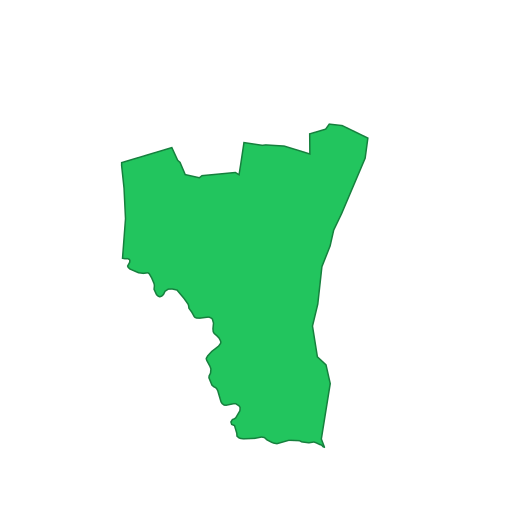 outline of Northampton, Pennsylvania, United States of America, rotated 124°
{"feature_id": "52423323B75013060921625", "entity_name": "Northampton", "entity_type": "district", "adm_level": 2, "iso_a3": "USA", "parent_name": "United States of America", "parent_adm1": "Pennsylvania", "projection": "albers", "projection_center": [-75.208, 40.753], "detail": "fine", "context": "isolated", "style": "filled", "palette": "green", "viewbox_px": 512, "rotation_deg": 124, "n_neighbors": 0, "source": "geoboundaries", "source_scale": "gbopen_adm2", "svg_char_len": 1854}
<svg xmlns="http://www.w3.org/2000/svg" viewBox="0 0 512 512"><g transform="rotate(124 256 256)"><path d="M253.7,419.6L256.0,418.1L273.6,403.3L298.1,385.0L332.5,365.4L331.6,363.2L329.9,360.8L329.7,358.9L330.3,358.0L331.9,357.2L336.1,356.8L336.9,355.6L337.3,353.2L335.6,344.1L333.4,339.7L330.4,336.3L330.4,334.6L332.6,330.1L336.0,324.9L337.6,323.5L340.6,321.9L343.7,316.8L344.0,314.5L343.6,312.9L341.9,311.7L339.6,311.2L336.1,311.7L332.5,310.2L330.2,307.0L328.4,302.5L331.4,292.0L333.9,285.4L334.8,284.2L336.8,282.4L338.5,277.8L340.8,273.3L341.0,272.1L340.6,270.5L338.9,267.8L333.4,261.5L332.8,260.3L332.5,258.0L332.7,256.9L335.4,253.7L340.4,251.0L342.7,249.1L343.6,247.3L344.0,243.9L344.7,240.7L346.0,238.3L347.0,237.0L348.2,236.5L351.6,236.6L359.8,239.3L365.7,240.2L368.4,240.0L369.0,239.8L370.1,238.4L373.3,232.3L374.9,230.2L378.5,228.2L381.6,227.8L383.3,226.9L387.7,220.3L388.0,217.8L387.7,216.0L388.0,214.4L389.1,212.3L390.3,210.9L396.5,203.4L397.3,201.5L397.4,199.0L396.4,197.3L391.0,192.0L389.8,190.3L389.7,186.2L390.5,184.4L393.3,182.8L401.5,182.3L403.3,183.0L404.8,184.1L407.6,184.0L409.2,182.0L408.6,179.0L413.7,172.8L416.0,171.0L416.3,168.4L415.9,166.8L414.6,164.2L407.9,155.1L403.0,150.2L401.8,147.5L402.3,144.1L401.7,138.9L401.2,136.7L399.9,133.7L390.6,125.9L389.3,124.0L384.8,116.7L384.5,114.1L381.3,107.7L377.8,104.0L377.2,101.5L376.6,97.5L376.3,96.7L376.1,95.7L376.6,93.8L376.3,92.4L376.2,92.4L371.2,99.5L320.3,123.1L307.1,137.1L305.3,148.7L282.5,170.0L261.3,177.9L228.0,195.4L206.2,200.2L191.0,206.1L173.2,208.7L113.9,220.2L95.7,229.2L99.7,257.5L105.7,269.0L111.9,269.2L124.7,279.8L141.3,268.4L149.1,294.1L158.5,310.1L160.7,312.6L168.7,329.4L177.5,325.2L189.5,319.5L198.1,315.5L198.3,319.8L219.6,345.7L222.8,346.7L228.1,360.2L220.9,371.3L220.5,374.4L213.2,386.4L253.7,419.6Z" fill="#22c55e" stroke="#15803d" stroke-width="1.5"/></g></svg>